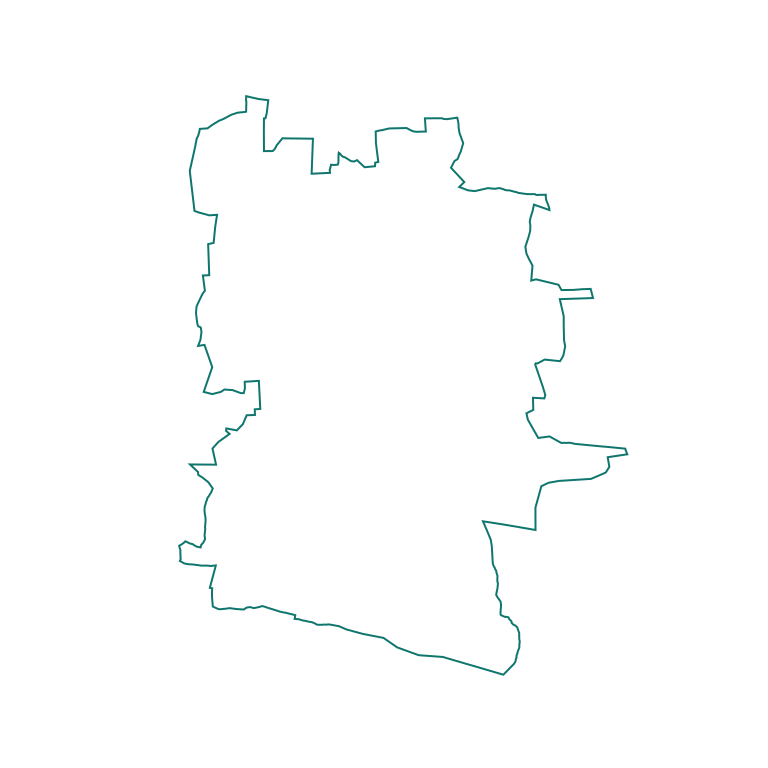 Teabo, Yucatán, Mexico, rotated 81°
{"feature_id": "50627088B52982407932693", "entity_name": "Teabo", "entity_type": "district", "adm_level": 2, "iso_a3": "MEX", "parent_name": "Mexico", "parent_adm1": "Yucatán", "projection": "robinson", "projection_center": [-89.217, 20.381], "detail": "fine", "context": "isolated", "style": "outline", "palette": "teal", "viewbox_px": 768, "rotation_deg": 81, "n_neighbors": 0, "source": "geoboundaries", "source_scale": "gbopen_adm2", "svg_char_len": 5745}
<svg xmlns="http://www.w3.org/2000/svg" viewBox="0 0 768 768"><g transform="rotate(81 384 384)"><path d="M322.4,165.0L321.5,172.5L321.3,174.4L320.7,182.1L319.0,194.0L313.3,196.1L309.4,205.4L304.4,217.5L304.9,222.4L290.3,218.8L283.7,221.1L277.6,222.9L273.0,222.9L270.5,222.9L262.0,218.5L255.8,215.7L250.0,214.6L246.8,214.7L244.5,214.0L241.3,212.6L236.7,210.3L233.5,209.1L230.3,207.8L233.5,201.9L235.4,198.3L237.0,195.4L238.1,193.4L235.8,193.3L232.6,193.9L230.4,194.4L227.7,195.0L224.0,194.9L222.4,194.6L221.3,201.8L221.5,202.4L221.0,204.1L220.1,205.2L218.9,212.7L217.6,217.1L216.2,221.5L214.9,223.8L214.8,224.4L212.8,228.8L212.2,230.5L211.9,232.6L211.4,233.5L211.2,234.4L210.8,234.9L210.3,235.5L208.6,239.1L208.5,240.8L208.5,244.3L206.8,250.7L207.7,264.2L205.9,270.6L201.2,278.9L197.1,273.1L180.9,284.0L174.9,279.6L173.3,276.1L171.5,275.0L170.7,274.6L169.5,273.9L166.2,271.7L158.5,268.1L147.8,270.2L147.3,270.2L142.9,270.2L139.2,269.8L136.7,269.7L132.4,270.0L132.3,280.1L131.7,283.0L131.3,284.1L131.1,284.4L130.6,285.2L128.0,302.0L137.6,302.9L141.2,303.2L140.6,307.6L140.4,309.2L140.0,312.5L139.1,315.5L137.2,318.4L134.7,321.7L132.4,338.9L132.6,341.5L132.9,345.5L133.0,349.7L133.3,352.7L145.0,354.3L163.8,354.9L164.0,358.1L165.5,358.4L167.5,358.8L166.9,369.2L158.7,375.6L159.6,378.7L158.7,381.7L155.1,385.8L153.9,387.2L153.4,388.5L152.4,389.7L150.8,390.8L149.3,391.7L148.5,392.5L149.6,392.9L158.2,394.4L160.1,395.3L159.9,398.8L159.2,402.0L164.0,404.1L167.0,404.3L165.0,422.6L130.6,415.8L126.0,442.8L125.4,445.8L125.9,446.4L131.5,452.7L134.7,455.0L136.5,457.5L135.2,466.1L117.3,463.4L116.0,463.2L102.9,461.0L103.0,459.5L98.0,457.4L85.6,453.9L82.9,463.3L78.2,475.1L82.5,475.9L83.8,475.8L93.5,477.6L93.5,480.0L93.1,486.0L94.2,492.8L97.1,501.1L98.2,505.8L101.2,513.1L103.9,518.4L103.2,526.0L104.6,526.4L106.8,527.4L108.5,528.1L110.0,528.9L110.6,529.3L111.1,529.8L112.0,530.4L112.7,530.7L113.6,531.1L114.8,531.5L117.4,532.5L118.6,532.8L120.1,533.4L121.3,533.9L124.2,535.0L143.1,542.5L183.4,544.1L185.9,539.6L186.6,537.9L190.1,530.1L190.8,522.4L196.0,524.1L202.3,526.1L208.0,527.6L218.0,530.2L218.3,535.8L249.2,539.6L248.5,545.9L263.8,546.3L266.6,549.2L275.9,555.6L278.4,557.1L281.2,557.8L284.6,558.6L292.9,558.9L296.1,558.9L298.0,558.4L299.3,556.3L300.6,556.1L304.3,556.2L311.7,558.4L317.3,561.7L317.3,555.2L340.5,551.0L363.6,563.3L367.1,555.2L366.3,546.5L364.5,542.5L366.3,534.6L370.6,526.8L371.1,524.0L366.7,522.1L360.0,521.2L361.2,508.5L361.3,507.1L389.3,510.1L388.8,515.6L394.4,516.3L393.4,524.5L401.6,529.7L406.8,536.6L403.2,546.7L405.7,547.3L409.1,544.3L415.3,556.6L420.9,563.5L437.4,562.5L433.1,588.2L441.8,581.5L444.8,581.6L447.8,578.1L453.6,572.8L455.9,571.7L460.4,569.5L462.4,570.7L464.2,571.8L465.2,572.8L467.3,574.5L468.9,576.2L470.6,576.9L470.9,577.0L472.6,578.2L473.6,578.6L474.7,579.0L476.0,579.8L479.0,580.8L480.7,581.0L481.6,581.2L482.8,581.2L484.7,581.3L486.4,581.2L487.4,581.2L489.3,581.4L490.4,581.5L491.5,581.7L493.8,582.3L495.5,582.6L497.0,583.1L498.5,583.2L499.1,583.2L505.4,584.9L506.3,585.0L508.1,584.9L509.4,585.1L512.5,587.4L514.3,589.7L515.5,590.3L516.7,590.7L515.9,592.9L515.5,594.2L514.0,596.2L512.2,598.1L511.2,600.6L509.4,603.1L508.3,604.8L508.7,605.5L509.3,606.2L509.8,607.1L510.9,609.3L511.7,611.6L513.6,611.5L514.4,611.3L516.6,611.1L518.5,611.5L521.2,611.8L522.8,612.0L525.4,612.3L526.1,612.8L526.9,613.3L528.2,611.5L529.8,609.6L530.3,608.6L530.8,607.1L531.5,605.0L531.8,603.5L532.2,601.7L532.7,599.8L533.7,596.4L534.5,593.8L534.9,592.4L535.1,591.0L535.8,586.6L536.3,584.8L536.5,583.9L536.8,583.2L536.6,582.1L536.8,580.1L536.9,578.5L558.1,587.9L558.9,585.6L562.2,586.4L567.8,587.2L577.0,587.9L580.3,583.0L580.9,580.8L581.0,578.1L581.2,575.0L581.2,571.6L582.8,566.3L583.4,564.1L584.8,557.7L583.5,555.1L583.3,553.4L583.3,552.2L583.5,550.9L584.1,549.6L584.9,547.9L585.0,546.7L584.7,542.0L584.3,538.9L585.6,536.1L586.4,534.7L587.2,533.1L590.4,526.6L592.6,522.3L594.1,518.3L594.5,517.1L598.4,507.8L602.0,509.0L602.9,505.3L604.1,502.7L605.1,500.6L605.5,499.1L606.5,496.8L606.7,496.0L607.1,495.2L607.7,493.6L607.8,492.8L608.5,491.6L609.2,490.4L610.5,488.7L611.2,487.8L611.6,486.3L611.8,484.7L612.1,483.2L612.1,482.2L612.3,480.5L612.7,478.5L612.7,477.3L612.9,475.7L613.6,473.7L616.2,466.3L620.6,459.4L627.5,444.0L634.7,424.2L646.2,412.2L657.3,392.1L662.8,368.6L689.8,311.6L680.5,299.1L678.5,297.5L675.9,296.6L675.0,295.9L672.9,295.6L671.8,294.9L670.8,294.4L668.8,293.5L667.3,292.7L666.0,291.8L665.3,291.5L663.6,291.3L661.3,290.7L659.6,290.2L658.4,290.3L657.4,290.3L654.2,289.9L653.2,289.8L651.3,289.4L648.7,289.9L647.8,290.0L646.4,290.3L645.5,290.3L644.3,291.2L643.0,292.1L642.6,293.0L641.5,294.2L640.7,294.7L640.0,295.3L638.7,295.2L637.9,295.5L635.8,297.1L634.0,297.5L633.2,299.4L632.9,301.0L632.2,302.2L631.2,303.7L630.3,304.8L629.0,304.9L628.1,304.7L625.1,304.0L620.8,303.0L618.0,302.9L616.8,303.0L612.6,305.2L609.8,306.2L606.4,305.0L603.6,303.9L599.0,302.7L596.5,302.9L595.3,302.7L593.9,302.5L591.8,302.0L590.4,302.0L588.6,302.4L587.1,302.4L585.8,302.4L584.8,303.0L582.8,303.4L581.0,304.1L579.4,304.5L578.1,304.6L560.9,302.9L554.6,302.9L546.2,304.9L543.8,305.5L535.1,307.7L540.9,289.7L544.0,280.4L551.9,257.2L529.9,253.8L509.6,244.6L507.3,237.0L507.1,226.3L508.5,211.5L510.1,194.4L508.7,188.8L506.8,181.3L506.1,178.8L501.1,174.4L491.3,174.5L491.5,154.7L487.0,155.7L486.8,155.7L485.6,155.8L481.0,173.5L479.6,179.2L477.8,186.2L472.9,205.2L471.3,208.9L471.0,210.7L469.9,218.2L461.7,228.7L461.4,240.1L441.7,247.5L435.2,247.9L432.9,240.6L420.9,239.0L423.3,227.9L420.1,226.4L412.0,227.5L388.4,231.6L387.3,230.9L387.7,229.2L385.0,221.5L389.0,206.6L385.8,203.8L383.7,202.3L375.3,199.2L375.2,199.2L368.7,199.3L353.2,197.2L345.3,195.9L327.7,197.1L331.8,164.1L322.4,165.0Z" fill="none" stroke="#0f766e" stroke-width="2"/></g></svg>